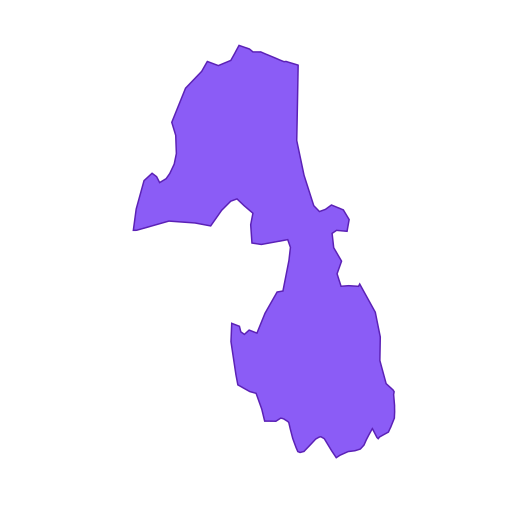 the district of An Nuhud, North Kordufan, Sudan, rotated 352°
{"feature_id": "16777658B62353241688309", "entity_name": "An Nuhud", "entity_type": "district", "adm_level": 2, "iso_a3": "SDN", "parent_name": "Sudan", "parent_adm1": "North Kordufan", "projection": "equal_earth", "projection_center": [28.354, 13.164], "detail": "fine", "context": "isolated", "style": "filled", "palette": "violet", "viewbox_px": 512, "rotation_deg": 352, "n_neighbors": 0, "source": "geoboundaries", "source_scale": "gbopen_adm2", "svg_char_len": 1921}
<svg xmlns="http://www.w3.org/2000/svg" viewBox="0 0 512 512"><g transform="rotate(352 256 256)"><path d="M366.8,336.9L366.3,328.3L354.8,298.2L353.3,300.3L343.7,298.3L336.0,297.8L333.8,284.9L340.0,273.0L334.1,258.6L334.5,244.2L339.3,241.8L349.6,244.2L353.3,232.9L348.9,222.5L337.8,216.0L331.2,219.5L325.0,220.8L320.2,214.2L314.8,182.7L312.4,147.3L315.8,126.2L318.6,108.7L324.2,73.5L324.3,72.9L324.2,72.8L318.8,70.3L315.3,68.7L312.8,67.5L312.7,67.5L310.8,67.5L305.8,64.6L305.4,64.3L295.0,58.1L294.4,57.8L289.0,54.5L288.4,54.5L281.4,53.5L279.6,51.5L278.3,50.1L268.5,45.1L264.8,50.1L263.0,52.6L258.3,58.8L245.2,62.2L234.9,56.6L234.7,56.8L227.9,65.6L209.6,80.0L191.2,111.9L193.3,125.4L191.4,143.5L187.8,153.6L182.1,162.3L177.8,166.9L170.8,169.9L168.6,163.6L164.6,159.6L155.6,165.8L143.9,192.8L138.1,213.5L141.3,213.9L174.6,209.3L200.2,214.8L215.3,219.9L228.3,206.0L238.6,198.2L245.1,196.8L251.3,204.6L258.9,213.2L255.1,224.3L253.8,242.6L262.9,245.3L289.7,244.2L291.3,252.3L288.0,265.0L277.8,294.4L271.9,294.6L257.0,313.9L246.2,332.5L238.9,328.4L233.6,332.0L230.4,329.0L229.8,323.3L222.6,319.3L219.3,337.3L219.6,370.7L220.1,381.1L228.1,387.2L231.0,389.4L237.0,392.0L240.4,408.5L241.0,414.7L241.6,420.7L247.6,421.6L252.7,422.4L257.9,420.0L259.4,420.5L260.8,421.2L264.1,424.0L264.8,424.7L265.3,425.6L265.9,432.3L267.0,441.9L269.0,451.2L270.2,455.5L272.3,456.7L276.4,456.2L276.7,455.9L279.5,453.7L284.7,449.6L289.6,445.6L291.6,444.8L293.5,444.1L295.1,444.0L298.2,446.4L303.7,459.2L307.4,466.9L311.4,465.0L320.0,462.5L326.9,462.6L332.4,461.7L332.8,461.4L336.6,458.3L339.7,453.3L342.9,448.8L347.2,443.1L347.3,443.3L350.5,452.5L351.6,453.9L352.0,453.5L353.2,452.4L357.8,450.6L362.6,448.8L364.8,445.4L365.5,444.4L370.5,435.7L370.6,434.9L371.6,429.6L372.1,425.4L372.4,423.3L373.0,412.4L373.9,409.6L373.0,407.6L371.8,406.2L367.1,400.5L364.1,376.8L367.8,353.5L366.8,336.9Z" fill="#8b5cf6" stroke="#5b21b6" stroke-width="1.5"/></g></svg>